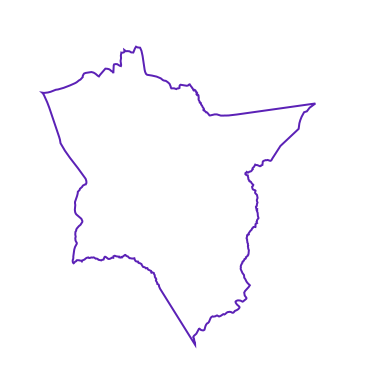 outline of Thma Puok, Bântéay Méanchey, Cambodia, rotated 172°
{"feature_id": "14789045B61404286718051", "entity_name": "Thma Puok", "entity_type": "district", "adm_level": 2, "iso_a3": "KHM", "parent_name": "Cambodia", "parent_adm1": "Bântéay Méanchey", "projection": "robinson", "projection_center": [103.024, 14.034], "detail": "fine", "context": "isolated", "style": "outline", "palette": "violet", "viewbox_px": 384, "rotation_deg": 172, "n_neighbors": 0, "source": "geoboundaries", "source_scale": "gbopen_adm2", "svg_char_len": 6078}
<svg xmlns="http://www.w3.org/2000/svg" viewBox="0 0 384 384"><g transform="rotate(172 192 192)"><path d="M315.4,258.6L312.1,250.6L308.2,243.0L301.6,231.4L295.5,219.9L295.1,217.6L295.3,215.6L296.2,214.3L296.8,214.4L299.2,213.5L300.2,212.3L302.5,210.8L303.0,209.7L305.0,208.1L305.4,206.4L306.4,204.0L309.2,198.5L309.4,197.4L309.4,195.3L310.5,190.7L310.5,188.2L310.1,186.7L309.5,185.7L305.3,180.9L304.6,178.5L304.8,177.6L307.0,175.0L308.7,174.0L311.1,171.9L311.8,171.0L312.1,169.8L313.0,168.7L313.5,166.1L313.4,163.8L314.0,162.6L314.1,160.3L313.8,159.1L313.2,157.8L313.3,156.8L315.5,153.8L316.6,151.4L318.5,144.7L318.7,143.2L319.1,142.0L319.6,141.2L319.8,139.8L319.7,138.6L319.1,137.9L318.6,138.2L317.9,138.9L317.1,139.4L316.3,139.6L315.7,140.4L314.7,140.4L313.0,140.0L312.3,139.6L311.3,139.5L310.7,138.6L310.0,139.5L307.8,140.1L306.5,141.0L305.2,141.5L304.2,141.6L303.7,141.6L303.2,141.0L302.3,140.9L300.9,141.2L299.7,140.9L298.4,140.9L297.7,140.4L296.7,139.4L295.6,139.3L294.7,138.8L294.1,137.9L291.3,136.9L290.5,137.3L289.0,137.4L287.8,139.6L287.1,140.0L286.5,139.7L284.2,137.4L283.1,137.2L281.8,137.5L280.5,138.1L279.1,137.8L278.8,139.2L277.7,139.6L277.1,139.5L276.1,138.9L273.8,138.2L273.2,138.2L273.0,137.9L273.1,137.4L271.9,137.0L270.6,137.0L270.6,137.5L270.0,137.4L267.1,139.0L266.6,138.9L266.2,138.1L265.2,137.4L264.6,137.2L263.1,135.2L262.7,135.2L261.2,134.6L259.8,134.3L258.3,134.4L258.1,132.8L257.7,132.1L257.6,131.7L256.9,131.0L255.2,130.6L255.2,130.1L254.8,129.8L254.8,129.3L254.2,128.9L253.4,128.7L252.1,127.7L252.0,127.1L251.0,124.8L250.5,124.4L249.8,124.3L248.8,123.6L248.2,122.8L247.1,123.0L246.7,122.7L246.4,121.5L245.7,120.9L243.5,119.5L243.4,118.9L243.6,118.3L243.4,117.7L242.2,117.9L241.6,117.3L241.1,117.1L241.0,116.0L240.5,114.9L240.6,113.1L240.2,112.1L239.8,111.6L239.9,111.2L239.5,110.6L240.1,109.3L239.1,107.0L239.2,105.8L238.1,105.1L237.7,104.2L237.8,103.3L237.1,100.7L210.2,40.3L210.0,42.5L210.4,44.0L210.5,46.9L211.0,48.1L210.2,49.2L207.4,51.1L204.2,55.5L203.6,55.6L202.4,54.2L201.1,53.6L199.8,53.4L198.8,53.9L197.4,57.2L196.6,58.5L195.5,59.7L194.3,60.1L193.2,61.1L191.2,64.5L190.2,65.5L188.9,66.0L188.4,65.7L187.9,65.6L186.0,65.7L185.0,66.2L184.2,66.2L182.8,65.1L182.1,65.0L180.7,65.4L178.0,66.7L177.0,66.2L176.2,66.5L174.2,67.8L173.2,68.1L171.2,68.1L169.9,67.6L169.0,66.9L168.3,66.7L167.6,66.9L166.0,68.3L164.1,68.8L162.4,69.6L161.3,70.6L161.0,71.1L161.1,71.9L163.2,74.4L164.1,76.2L164.2,77.2L163.8,77.7L162.2,78.3L160.8,78.2L159.1,77.7L157.3,76.4L156.7,76.5L153.1,78.7L152.9,79.1L152.9,79.7L154.2,82.1L154.3,85.1L153.2,86.6L149.1,90.0L147.7,91.6L149.5,93.9L150.3,95.3L150.8,96.5L151.3,98.2L152.2,99.9L152.1,101.1L152.1,102.6L153.3,104.7L154.5,108.8L154.4,109.8L154.1,110.4L154.1,111.6L153.5,112.9L152.9,113.6L152.5,114.5L151.8,115.0L151.6,116.0L150.2,116.8L149.3,118.3L148.4,118.4L147.9,118.9L147.6,119.5L147.7,119.9L145.8,121.0L145.6,121.6L145.1,121.8L144.6,123.0L143.8,126.4L144.2,128.2L144.1,128.6L144.2,130.4L143.8,131.1L144.0,131.6L143.8,133.3L144.2,134.1L144.2,134.6L144.1,135.5L144.2,136.2L144.0,137.6L144.4,138.2L144.2,139.2L143.6,140.2L143.7,140.7L143.5,141.3L143.3,141.7L142.8,141.9L142.0,141.8L141.6,142.1L141.8,143.0L139.8,145.2L138.2,146.4L137.5,147.6L137.0,147.8L136.0,148.8L135.0,148.8L134.1,148.5L133.8,149.3L133.8,150.5L133.5,151.4L131.9,152.2L132.3,153.1L132.2,153.6L131.8,153.9L131.6,154.9L130.5,156.2L129.9,156.7L129.8,157.1L130.1,159.2L129.9,162.2L130.5,164.9L130.0,165.0L130.0,165.6L129.8,166.1L130.6,166.6L130.8,168.3L130.6,168.7L129.8,169.2L129.3,171.2L128.6,172.4L129.0,174.2L128.9,175.1L127.9,177.0L128.0,179.2L128.1,180.1L129.5,182.0L129.6,182.6L129.5,183.1L128.9,184.4L129.1,184.8L130.8,185.7L131.3,186.1L131.5,186.5L131.8,188.2L131.7,189.0L130.8,189.6L130.3,190.5L131.7,192.4L132.2,193.7L132.5,194.0L133.4,194.4L133.7,194.8L133.5,195.3L134.1,196.0L134.4,197.0L134.3,198.6L134.6,199.9L134.4,200.6L136.1,201.5L136.7,202.4L136.3,203.4L135.8,203.4L135.0,204.3L134.0,203.4L133.4,203.5L132.4,204.1L131.0,204.2L130.2,204.6L129.1,205.8L128.7,206.0L128.8,207.0L127.9,207.8L127.1,208.3L125.6,210.3L125.1,209.9L123.5,209.5L121.2,208.1L120.4,208.1L119.9,208.7L118.5,209.0L117.7,212.1L117.0,212.8L114.7,213.3L113.6,213.1L112.6,213.2L110.3,212.0L109.7,212.0L108.9,212.5L107.6,214.2L98.0,225.3L77.6,239.7L76.1,245.1L74.7,248.2L73.0,251.2L69.9,255.4L67.0,255.9L63.8,259.1L57.5,262.5L136.8,262.5L145.2,262.7L152.7,263.6L156.6,265.4L158.8,265.7L163.0,265.3L164.0,265.4L165.4,267.8L166.4,269.0L166.9,268.9L168.5,271.1L169.1,271.2L169.3,271.6L168.6,272.0L168.6,272.4L168.8,273.1L169.8,275.0L170.0,276.1L170.8,277.3L170.9,279.0L171.2,279.3L171.5,279.1L171.9,279.5L171.8,280.4L172.5,282.1L172.6,282.8L172.5,283.6L172.2,284.1L172.3,285.6L172.1,286.1L172.3,287.1L173.3,287.2L173.4,287.6L173.8,287.8L174.0,288.3L173.8,288.7L173.2,288.5L173.1,289.4L174.0,290.4L173.8,290.8L174.6,291.8L174.5,292.1L175.1,292.7L175.7,292.2L176.2,292.3L176.5,292.9L176.9,294.4L177.3,294.8L177.4,295.3L178.5,297.2L179.3,298.9L180.2,298.7L180.9,298.1L182.3,297.9L188.4,299.8L189.1,299.4L189.6,298.7L189.9,296.8L190.8,296.5L192.1,296.6L193.2,296.1L195.4,297.2L198.0,297.5L198.4,298.4L198.4,299.3L199.2,302.3L200.9,304.3L202.5,305.7L204.1,306.2L205.3,306.9L207.1,308.9L211.0,311.2L215.5,312.9L220.1,314.3L221.1,315.4L221.7,317.5L221.9,319.7L222.0,333.7L222.4,338.8L223.3,342.1L225.9,342.8L227.2,343.7L228.5,342.1L230.7,338.3L232.8,338.7L234.3,340.0L236.2,340.5L237.8,340.6L239.3,342.1L239.3,340.4L240.2,339.7L242.3,339.6L242.6,339.8L243.5,336.8L243.6,334.5L244.5,331.7L244.5,327.5L244.9,326.6L246.0,327.1L248.3,329.0L249.8,329.3L251.4,329.2L251.9,328.3L253.2,321.4L253.6,321.4L254.1,322.4L255.4,323.4L256.1,324.4L257.2,325.2L258.7,325.8L260.6,326.2L266.8,320.8L268.1,319.4L269.1,320.2L271.1,322.5L272.8,323.9L274.9,324.8L280.8,324.7L282.4,324.3L283.2,323.4L284.1,322.0L284.2,321.0L286.9,318.8L288.1,318.4L291.0,316.7L292.8,316.0L298.1,314.5L304.6,313.0L310.4,312.2L312.6,312.2L318.1,310.9L320.9,310.6L324.8,310.7L326.5,311.2L325.9,310.5L325.1,308.5L322.9,301.0L321.6,295.3L315.9,265.0L315.5,262.2L315.4,258.6Z" fill="none" stroke="#5b21b6" stroke-width="2"/></g></svg>